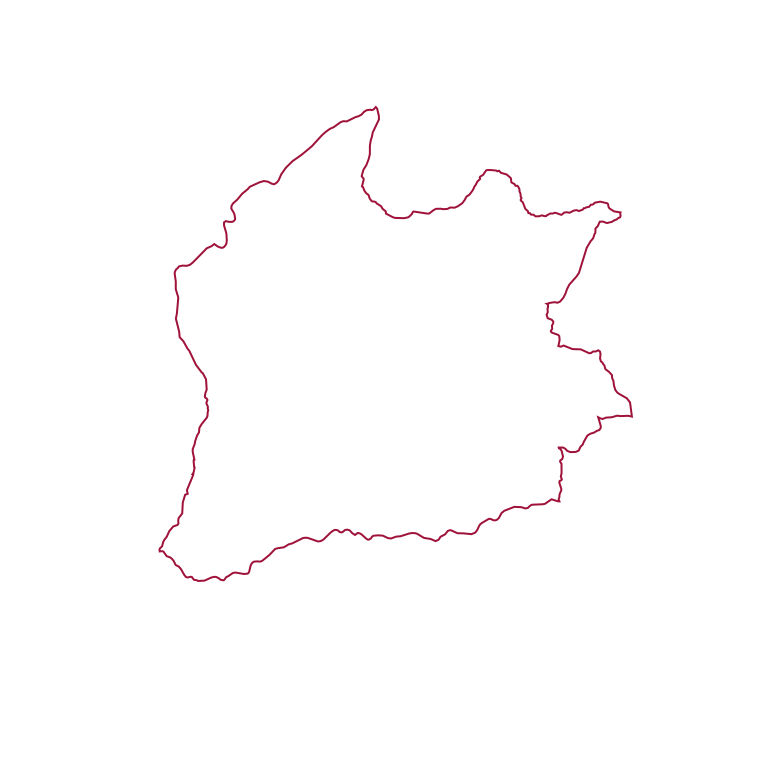 El Colegio, Cundinamarca, Colombia (Robinson projection), rotated 206°
{"feature_id": "7082276B60890282056473", "entity_name": "El Colegio", "entity_type": "district", "adm_level": 2, "iso_a3": "COL", "parent_name": "Colombia", "parent_adm1": "Cundinamarca", "projection": "robinson", "projection_center": [-74.434, 4.561], "detail": "fine", "context": "isolated", "style": "outline", "palette": "rose", "viewbox_px": 768, "rotation_deg": 206, "n_neighbors": 0, "source": "geoboundaries", "source_scale": "gbopen_adm2", "svg_char_len": 6166}
<svg xmlns="http://www.w3.org/2000/svg" viewBox="0 0 768 768"><g transform="rotate(206 384 384)"><path d="M220.3,322.8L213.0,330.7L206.6,333.5L202.5,334.1L200.4,335.6L199.5,338.3L198.2,340.3L188.6,345.5L186.7,347.0L182.9,353.8L176.3,354.8L174.9,355.4L176.3,356.7L176.7,357.7L176.7,359.0L177.8,361.6L178.1,366.3L178.6,367.4L183.2,372.2L183.6,373.9L182.4,375.2L182.4,376.3L184.5,378.3L185.3,381.7L189.5,390.1L191.7,391.4L191.9,391.9L192.0,392.7L190.9,394.6L191.3,397.3L195.0,401.7L196.7,402.8L198.6,402.9L199.1,403.5L195.2,405.4L192.7,405.3L189.9,404.2L186.6,404.5L181.9,407.0L179.8,409.5L179.9,413.6L178.8,416.9L179.1,419.3L178.6,426.8L176.7,429.8L173.9,432.4L172.3,435.0L170.3,437.0L170.0,438.9L170.2,440.3L170.9,441.4L176.9,448.0L173.7,448.0L172.2,448.4L169.6,451.2L164.8,453.9L160.6,457.7L157.2,458.9L150.5,462.5L146.9,463.4L154.8,475.3L159.5,477.6L168.3,478.2L170.6,478.6L173.4,480.0L176.6,483.4L179.1,487.3L181.6,489.4L183.0,491.9L186.9,493.5L191.5,494.4L194.1,497.3L196.0,498.1L197.0,499.0L198.9,499.4L200.9,501.5L202.6,506.0L204.2,507.9L206.2,508.2L207.9,506.1L210.4,504.8L211.6,502.4L213.2,501.6L222.3,501.4L229.9,498.0L239.4,497.3L241.4,495.1L243.9,494.5L245.4,500.4L247.4,503.8L248.9,504.5L255.2,503.8L256.6,504.0L257.3,504.8L257.0,507.3L258.6,510.0L258.6,513.1L259.3,514.4L261.5,515.3L265.7,514.9L268.1,517.3L268.3,520.3L270.1,523.5L270.1,524.5L271.4,527.4L272.8,527.5L270.1,529.9L266.6,532.3L263.7,533.1L261.9,535.2L260.6,540.1L260.5,544.8L261.1,549.5L261.0,554.7L258.0,565.4L257.5,569.5L261.5,595.2L260.9,602.8L259.9,606.6L260.5,611.0L260.3,612.5L262.1,616.5L261.1,619.5L261.2,624.5L258.3,626.0L254.3,626.3L250.2,629.7L248.7,632.2L247.0,633.9L246.3,635.7L244.9,637.3L245.1,638.9L246.4,640.8L246.6,641.9L252.9,640.0L258.2,640.6L259.7,641.5L261.5,643.9L262.6,644.3L269.5,642.7L274.1,639.3L274.4,637.9L275.4,636.5L276.7,635.8L277.3,633.2L279.9,631.2L280.3,630.2L281.5,629.6L281.8,627.9L284.6,624.9L287.1,624.7L289.3,623.2L292.4,619.2L295.3,618.4L297.3,616.9L298.4,614.2L299.0,613.7L304.1,613.2L305.7,612.7L306.9,611.3L309.3,610.1L311.7,606.8L311.8,606.1L313.1,605.3L316.0,604.8L318.1,602.8L321.3,601.1L323.9,601.7L326.0,600.7L327.9,601.5L329.1,600.9L330.6,602.5L333.8,603.4L338.8,608.1L341.5,608.9L341.9,609.5L341.9,611.4L343.1,612.1L344.9,615.1L346.6,616.4L347.6,618.4L349.7,620.1L351.0,620.6L352.7,619.8L354.5,620.9L357.4,621.0L358.1,621.3L360.1,624.5L361.2,624.9L365.5,626.1L371.4,625.1L374.2,626.1L375.3,624.9L376.8,625.0L382.1,623.0L385.4,621.3L385.9,620.5L386.6,615.4L388.5,612.5L388.4,611.5L387.5,610.4L388.8,606.9L388.9,602.9L389.3,601.0L389.1,599.3L389.3,596.2L390.2,591.6L392.0,588.6L392.2,584.4L392.9,580.8L395.5,576.2L397.7,573.5L401.8,571.7L403.7,569.2L407.6,567.0L409.6,566.5L414.0,564.3L415.6,562.1L418.0,557.3L419.0,556.4L433.0,552.0L433.5,551.3L433.4,549.2L434.7,545.5L435.6,544.2L438.7,541.8L447.0,538.1L449.1,537.8L456.9,538.0L458.1,539.9L462.2,540.9L464.5,542.5L469.6,543.1L471.2,543.8L472.5,543.8L474.5,543.0L475.6,543.1L478.1,544.4L480.8,547.1L484.0,547.8L486.5,549.3L489.1,551.7L490.4,551.9L491.8,558.6L492.3,559.6L495.1,560.9L495.4,562.0L496.4,567.5L495.8,573.0L496.4,579.7L497.5,584.5L501.1,591.9L502.8,597.4L503.1,600.2L504.4,605.3L504.5,619.6L506.3,622.9L510.8,628.4L512.8,629.3L513.7,626.2L514.3,625.5L515.1,624.8L516.6,624.5L519.7,622.4L521.3,619.8L522.3,616.3L524.1,613.7L526.6,611.4L532.6,603.7L535.9,602.3L537.9,600.1L541.9,592.6L544.3,589.9L546.8,585.3L548.8,580.5L553.1,566.0L558.6,553.8L563.9,544.2L567.0,535.4L568.3,527.3L568.0,521.1L568.5,518.6L569.4,516.7L570.4,515.3L572.9,514.8L576.8,515.0L580.9,513.8L584.4,510.6L591.1,502.4L591.9,499.4L594.9,492.8L596.7,485.4L598.9,480.0L599.1,477.0L598.1,474.7L593.3,471.5L590.3,467.5L590.0,466.5L590.3,464.9L591.4,463.2L594.3,461.8L597.5,461.1L598.6,459.1L597.3,456.4L591.8,450.4L588.4,444.5L587.3,441.6L587.2,439.5L587.9,436.9L589.0,435.5L590.8,434.9L593.8,434.7L597.9,435.4L599.4,432.3L602.8,428.3L609.0,409.6L610.7,406.0L613.2,403.7L617.0,402.1L619.9,399.7L620.2,397.8L621.1,395.8L621.1,392.9L620.5,391.4L616.1,384.9L612.7,377.9L607.1,371.9L606.5,370.8L601.1,356.7L599.7,351.5L591.0,341.2L588.2,336.5L583.1,334.5L575.7,329.4L573.7,328.6L561.4,318.8L553.2,314.6L551.5,314.2L546.0,310.2L540.9,301.2L540.6,297.9L539.6,294.3L538.9,293.5L536.8,293.1L536.0,292.6L535.6,292.0L535.5,289.5L534.8,288.4L533.1,287.1L532.1,285.9L531.8,284.8L530.6,283.6L529.9,280.8L528.7,278.0L528.5,276.2L530.3,268.1L530.7,263.7L529.1,259.4L529.4,255.7L528.7,250.1L527.8,246.9L527.4,241.7L526.2,239.2L521.2,232.8L521.7,232.4L521.1,230.8L518.1,226.0L517.7,226.0L517.3,224.9L516.4,221.2L516.6,219.0L515.8,219.2L515.5,217.0L514.6,202.2L512.3,199.2L514.2,197.3L512.9,189.3L508.6,179.2L509.8,173.4L509.0,170.8L507.6,168.5L507.8,166.8L511.0,163.5L512.5,157.5L512.3,151.6L513.1,147.9L513.2,145.3L512.3,140.8L513.3,138.2L513.3,136.9L512.2,135.2L509.7,136.7L508.6,136.6L503.9,134.0L500.1,134.4L497.9,133.9L495.4,132.7L491.9,130.0L488.3,129.9L485.3,128.6L479.6,124.7L477.2,123.7L475.7,124.0L473.3,126.0L472.1,126.3L469.0,124.7L466.5,125.5L464.7,125.5L459.1,128.6L454.4,134.3L452.0,136.3L450.3,137.0L447.3,137.0L445.2,136.4L442.4,137.1L441.7,137.9L441.1,141.3L439.7,143.1L436.9,148.0L434.9,149.4L426.7,151.8L423.7,153.6L423.0,154.6L422.9,156.1L424.3,162.6L424.2,165.0L423.3,167.0L421.2,168.5L417.3,170.2L416.0,171.6L412.1,180.0L409.5,188.1L406.9,190.3L402.4,193.3L399.3,198.2L396.8,200.3L389.3,210.0L387.1,211.5L384.9,212.3L374.4,213.5L372.5,214.7L371.4,215.8L370.1,218.0L367.2,226.2L365.9,229.1L364.4,231.2L362.8,232.0L361.0,232.2L359.0,231.5L357.1,232.0L356.3,232.8L355.1,235.6L353.2,237.0L350.7,237.4L347.1,236.0L343.9,235.6L342.4,238.5L340.7,239.1L338.4,239.0L331.7,237.1L330.1,237.1L329.3,237.6L328.1,239.4L327.8,241.4L327.1,242.9L323.0,245.4L318.5,247.2L313.0,247.2L310.0,248.2L306.1,252.2L302.4,254.4L295.9,260.6L293.7,262.2L290.8,263.5L288.7,263.9L280.6,263.2L274.3,265.1L268.8,265.4L266.7,267.9L266.2,271.5L263.2,275.6L262.3,279.8L260.7,281.5L259.5,281.9L252.4,282.1L247.6,284.4L239.5,287.4L236.8,290.5L236.2,293.6L236.3,298.4L235.9,300.5L234.4,303.1L230.6,308.8L228.9,309.5L226.1,309.5L224.4,310.1L223.1,311.3L222.0,313.9L221.8,319.4L220.3,322.8Z" fill="none" stroke="#9f1239" stroke-width="2"/></g></svg>